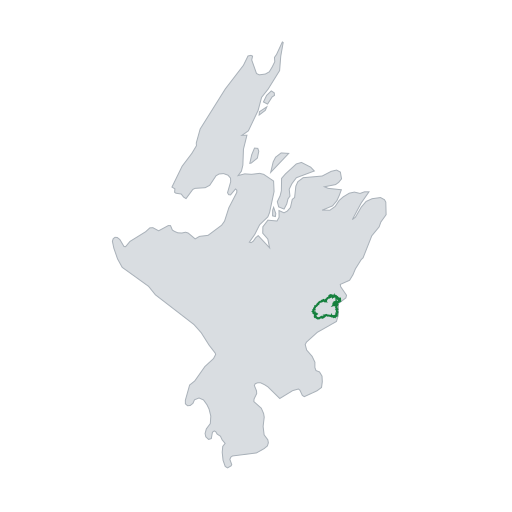 Chuadanga, Khulna, Bangladesh (highlighted), rotated 220°
{"feature_id": "16705992B19758630986204", "entity_name": "Chuadanga", "entity_type": "district", "adm_level": 2, "iso_a3": "BGD", "parent_name": "Bangladesh", "parent_adm1": "Khulna", "projection": "orthographic", "projection_center": [88.863, 23.601], "detail": "fine", "context": "in_parent", "style": "outline", "palette": "green", "viewbox_px": 512, "rotation_deg": 220, "n_neighbors": 0, "source": "geoboundaries", "source_scale": "gbopen_adm2", "svg_char_len": 8608}
<svg xmlns="http://www.w3.org/2000/svg" viewBox="0 0 512 512"><g transform="rotate(220 256 256)"><path d="M180.4,357.4L180.3,345.9L172.8,323.4L173.1,320.9L171.6,310.1L169.7,304.0L168.7,297.6L173.2,288.4L171.4,286.9L161.4,284.1L160.2,281.7L162.3,272.6L155.2,264.0L152.3,257.6L160.0,236.9L162.0,222.5L161.4,219.8L156.7,216.5L148.5,215.2L142.6,212.5L139.2,208.4L136.4,206.8L132.8,208.0L128.2,206.4L124.4,202.3L121.3,197.4L122.6,192.0L128.6,179.3L130.9,179.0L136.0,181.4L138.0,181.4L141.4,176.4L146.2,162.1L162.8,163.4L166.8,162.9L171.0,161.8L173.2,160.0L174.5,157.7L174.0,155.7L168.9,153.0L167.0,151.0L165.6,145.3L164.1,143.1L154.1,142.8L148.9,140.2L146.1,137.8L141.0,130.0L134.8,124.2L128.8,122.8L126.5,120.9L125.2,117.9L126.0,113.6L129.1,105.4L145.5,87.7L146.0,85.7L145.3,83.4L140.5,80.6L140.2,79.2L141.6,75.4L144.3,75.0L150.0,78.4L155.7,83.9L159.1,88.8L159.2,92.6L163.7,93.4L167.4,95.1L171.3,94.6L173.8,95.5L175.5,95.2L176.1,93.0L172.9,87.4L174.4,85.0L178.2,85.2L180.9,87.3L182.9,91.6L183.3,98.3L187.7,104.3L193.6,108.6L198.1,110.6L203.7,112.0L208.4,110.6L210.7,106.3L209.6,102.6L210.3,99.2L212.2,97.3L215.1,97.4L217.4,100.1L223.9,114.5L222.6,120.9L224.1,138.5L222.6,150.2L223.6,154.6L224.8,155.4L234.5,157.5L248.6,162.0L259.4,163.6L308.1,161.6L318.8,163.7L351.2,161.3L360.2,164.8L369.9,170.6L375.5,175.0L376.5,177.5L376.0,179.7L374.2,181.0L370.9,181.1L363.2,178.4L361.9,179.3L361.9,186.2L356.1,203.8L355.4,209.3L353.2,211.4L346.8,212.7L342.7,223.0L341.0,224.3L336.7,222.1L334.1,222.5L330.8,223.5L327.5,226.0L325.3,228.9L322.7,230.0L313.6,230.0L311.9,234.7L306.0,241.0L302.1,257.5L302.5,262.5L307.8,275.5L311.6,292.4L313.0,294.1L314.8,294.2L314.8,286.4L316.4,285.4L318.5,286.2L323.1,296.6L325.6,299.3L329.4,299.9L333.8,298.3L337.0,295.1L338.2,291.8L336.9,280.4L338.8,275.7L346.2,268.6L347.2,266.4L346.5,255.0L349.3,254.6L353.1,255.4L357.8,252.6L359.3,252.5L361.3,255.3L364.7,254.8L370.3,277.3L371.1,293.3L372.5,302.2L374.4,304.2L380.4,317.4L386.9,364.2L388.2,394.0L390.7,404.1L388.9,406.4L387.1,406.9L385.3,403.4L372.9,396.1L369.9,396.9L365.8,401.4L364.2,405.6L365.1,411.3L366.5,416.9L369.5,420.0L369.8,423.6L373.4,436.9L372.4,437.0L365.5,425.0L357.1,413.2L354.0,391.7L353.7,381.1L347.9,368.7L342.3,347.0L344.4,339.3L340.6,342.7L334.3,329.8L324.5,317.2L321.7,311.6L321.4,306.1L317.4,311.7L311.9,315.7L306.4,321.6L302.6,323.5L290.7,324.7L283.6,317.0L273.5,297.9L272.1,293.6L273.3,282.3L270.8,271.7L270.0,262.3L268.3,263.1L267.6,265.7L268.0,269.7L267.4,273.0L250.8,271.0L257.9,276.6L265.5,277.8L269.5,282.8L269.9,291.1L262.4,296.3L263.2,300.5L267.6,305.6L262.3,307.1L260.9,310.5L260.8,315.3L264.6,322.7L264.0,325.6L270.4,335.2L271.7,339.8L270.2,346.3L256.7,359.8L252.8,369.2L249.5,373.6L245.3,374.5L240.1,370.1L240.0,365.5L241.0,361.8L248.1,353.0L244.2,354.2L233.2,361.6L231.1,355.7L229.6,350.3L229.6,343.6L234.8,333.6L228.8,338.6L227.2,344.8L228.0,352.1L227.2,357.3L224.9,364.1L221.7,368.2L216.5,370.8L214.2,374.8L210.7,377.8L209.5,364.2L205.6,345.8L204.8,349.7L206.8,361.2L206.7,368.6L203.9,374.5L198.2,380.8L193.8,381.7L191.2,380.7L182.9,371.3L182.2,362.3L180.4,357.4ZM281.3,356.9L271.2,359.2L266.0,358.6L275.4,341.9L275.0,334.5L273.5,328.5L268.5,323.7L268.2,320.3L265.9,315.6L264.7,310.0L270.2,308.2L274.6,311.3L276.2,317.6L278.5,322.3L286.3,331.9L286.2,337.8L284.3,352.4L281.3,356.9ZM303.0,351.1L296.9,355.6L298.5,329.5L303.3,339.1L304.5,344.3L303.0,351.1ZM326.5,337.7L323.8,339.6L321.2,338.0L317.9,331.9L319.4,324.1L320.3,323.0L324.4,330.9L326.5,337.7ZM350.4,392.3L346.9,392.7L345.1,390.9L345.9,388.2L344.8,379.8L349.3,378.8L351.1,385.9L350.4,392.3ZM346.1,368.7L343.6,377.2L342.5,373.5L344.2,366.0L346.1,368.7ZM272.7,301.9L273.8,304.6L268.1,301.2L266.5,298.7L269.1,297.4L272.7,301.9Z" fill="#d9dde1" stroke="#a8b0b8" stroke-width="1"/><path d="M178.3,255.5L177.8,254.6L177.9,253.7L177.7,253.3L177.7,253.0L177.6,252.9L177.1,252.8L176.8,252.8L176.7,252.7L177.0,252.4L177.3,251.5L177.5,251.3L177.5,251.1L177.5,250.9L177.7,250.6L177.3,250.9L177.0,250.7L176.6,250.6L176.4,250.4L176.0,250.4L175.9,250.3L176.0,250.2L175.9,250.2L175.9,249.9L175.8,249.6L175.4,249.2L174.9,249.2L174.6,249.3L174.3,249.7L174.0,249.5L173.7,249.5L173.8,250.0L173.5,249.8L173.3,250.3L173.1,250.4L172.6,250.7L172.2,250.7L172.4,249.6L172.7,248.8L172.8,248.7L172.8,248.4L172.6,248.2L172.4,248.0L172.2,247.9L172.0,247.3L171.7,247.2L171.4,247.9L171.1,248.0L170.3,247.6L170.0,247.6L169.5,247.9L169.3,247.8L169.2,247.7L168.9,247.7L168.4,247.9L168.3,248.4L167.6,248.8L167.6,249.3L167.1,250.2L166.8,251.5L166.7,251.6L166.6,251.4L165.6,251.7L165.4,251.5L165.2,251.8L165.1,252.4L165.0,252.5L164.9,252.7L165.0,253.4L164.8,253.6L164.7,253.6L164.6,254.0L164.6,254.3L164.6,254.7L164.8,254.7L164.7,254.9L164.9,254.9L164.7,255.1L164.7,255.3L164.5,255.6L164.4,255.7L164.3,256.0L163.7,256.2L163.3,256.2L163.1,256.3L162.9,256.3L162.7,256.4L162.2,257.0L161.5,257.4L160.4,258.0L159.8,258.2L159.8,258.6L159.6,258.6L159.7,258.8L159.2,258.6L158.9,259.2L158.8,259.3L158.7,259.3L158.4,259.2L158.2,259.5L157.7,259.2L157.4,259.2L157.4,259.3L157.2,259.6L156.8,259.8L157.0,259.9L157.1,260.0L156.8,260.3L156.7,260.4L156.7,260.7L156.7,260.8L157.0,260.8L156.9,260.9L156.9,261.1L156.5,261.2L156.5,261.4L156.4,261.3L156.2,261.4L156.4,261.7L156.5,261.6L156.6,261.8L156.9,261.8L156.7,261.9L156.7,262.2L156.4,262.5L156.5,262.6L156.5,262.9L156.8,262.9L156.9,263.0L156.7,263.0L157.1,263.3L157.0,263.6L157.4,264.7L157.3,264.9L157.4,265.0L157.7,265.3L157.7,265.5L158.1,265.7L158.5,265.6L159.0,266.0L159.2,266.3L159.2,266.6L159.1,266.8L159.3,266.6L159.5,266.7L159.5,267.1L159.8,267.0L159.7,267.5L159.9,267.6L160.3,267.6L160.7,268.0L160.9,268.1L161.1,267.9L161.4,267.9L161.8,268.5L161.7,268.9L161.8,269.0L161.8,268.9L162.5,269.5L162.4,269.8L162.5,269.8L162.5,270.0L162.6,269.9L162.6,269.7L163.1,270.0L163.5,270.0L163.5,269.8L163.3,269.6L163.2,269.4L163.4,269.3L163.6,269.2L163.9,269.8L164.1,269.9L164.3,269.9L164.3,269.7L164.1,269.5L163.9,269.4L164.1,268.8L164.8,268.5L165.0,268.2L165.0,268.4L164.8,268.6L164.9,268.8L165.0,268.8L165.2,268.5L165.3,268.5L165.5,268.5L165.8,268.8L165.7,268.9L165.7,269.2L165.5,269.5L165.9,269.5L165.7,269.6L165.8,269.7L165.4,269.8L165.2,270.4L165.0,270.6L165.1,270.8L165.3,270.9L165.3,271.0L165.2,271.0L165.4,271.1L165.2,271.2L165.2,271.4L165.4,271.5L165.2,271.6L165.3,271.7L165.2,271.8L165.3,271.9L165.5,272.0L165.4,272.2L165.4,272.3L165.3,272.2L165.2,272.3L165.2,272.2L164.9,272.1L164.8,272.3L164.9,272.5L164.7,272.4L164.7,272.5L164.8,272.6L164.7,272.6L164.7,272.3L164.3,272.1L164.2,272.0L164.2,271.9L164.1,272.0L163.9,271.9L163.7,271.9L163.8,272.0L163.6,272.0L163.6,272.7L163.5,272.8L163.6,273.0L163.5,273.4L163.4,273.3L163.3,273.5L163.1,274.1L163.4,274.1L163.5,274.4L163.3,274.7L162.9,274.8L162.8,275.1L163.1,275.3L163.0,275.6L163.3,275.8L163.5,275.8L163.5,276.2L163.4,276.2L163.4,276.3L163.5,276.5L163.4,276.5L163.6,276.7L163.8,276.8L164.1,276.8L164.4,276.5L164.5,276.6L164.4,276.9L164.1,277.2L164.2,277.3L164.5,276.9L164.7,276.5L164.7,276.3L164.8,276.3L164.9,276.2L165.0,276.2L165.2,276.3L165.3,276.5L165.2,276.7L165.3,276.7L165.4,276.8L165.6,276.8L165.7,276.7L166.1,276.3L166.2,275.9L166.5,275.8L166.4,275.7L166.7,275.7L166.7,275.8L166.7,276.0L167.3,276.6L167.4,276.4L167.6,276.2L167.7,275.9L167.7,275.6L167.8,275.7L167.9,275.9L168.2,276.3L168.5,276.3L168.8,276.5L169.0,276.0L169.0,276.5L168.9,276.5L169.0,276.6L169.3,276.4L169.4,276.1L169.3,276.3L169.4,276.0L169.6,275.8L169.8,275.9L169.7,275.7L170.0,275.6L170.2,275.4L170.1,275.1L170.1,274.9L170.2,274.7L170.3,274.5L170.6,274.4L170.6,274.6L170.9,274.6L171.0,274.5L171.0,274.4L171.1,274.5L171.1,274.4L171.2,274.5L171.3,274.3L171.6,274.4L171.7,274.6L171.8,274.6L172.5,274.6L172.6,274.2L172.2,274.2L172.4,273.9L172.4,273.7L172.6,273.8L172.8,274.2L173.6,274.1L173.7,273.9L173.5,273.6L173.6,273.1L173.6,272.9L173.9,273.0L174.1,273.0L174.2,272.6L174.1,272.4L173.7,272.2L173.1,272.2L172.7,272.5L172.6,272.4L172.7,272.2L173.3,271.9L173.3,271.5L173.2,271.2L173.3,271.1L173.6,271.1L173.7,270.7L173.9,270.3L174.2,269.8L174.1,269.3L174.1,268.8L174.1,268.5L174.3,267.8L174.2,267.8L174.1,267.5L173.9,267.2L173.6,266.9L173.5,266.6L173.6,266.3L173.6,266.2L173.8,266.1L173.9,265.9L174.0,265.7L173.9,265.7L174.3,265.4L174.6,265.4L175.0,265.3L175.3,265.5L175.5,265.5L175.8,265.7L176.0,265.8L176.1,265.7L176.0,265.4L176.0,265.2L176.1,264.9L176.4,264.4L176.6,264.2L176.4,264.0L176.3,263.8L176.4,263.5L176.7,263.1L177.3,262.4L177.4,262.2L177.5,262.1L177.6,261.7L177.7,261.0L177.9,260.7L177.8,260.1L177.6,259.7L177.8,259.7L177.9,259.3L178.0,258.8L177.7,258.0L177.7,257.8L177.8,257.5L177.8,257.3L177.7,257.2L177.8,256.8L177.7,256.6L178.0,255.6L178.3,255.5Z" fill="none" stroke="#15803d" stroke-width="2"/></g></svg>